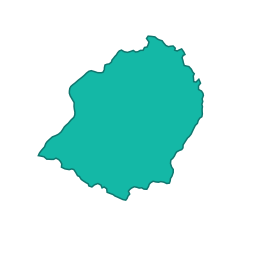 the district of Santo Estêvão, Bahia, Brazil, rotated 145°
{"feature_id": "56859067B59160361010932", "entity_name": "Santo Estêvão", "entity_type": "district", "adm_level": 2, "iso_a3": "BRA", "parent_name": "Brazil", "parent_adm1": "Bahia", "projection": "natural_earth1", "projection_center": [-39.267, -12.461], "detail": "fine", "context": "isolated", "style": "filled", "palette": "teal", "viewbox_px": 256, "rotation_deg": 145, "n_neighbors": 0, "source": "geoboundaries", "source_scale": "gbopen_adm2", "svg_char_len": 2420}
<svg xmlns="http://www.w3.org/2000/svg" viewBox="0 0 256 256"><g transform="rotate(145 128 128)"><path d="M147.7,67.0L144.6,68.4L143.0,69.7L140.9,70.2L138.0,70.0L136.1,67.8L134.1,66.1L131.9,65.3L129.7,63.1L128.1,60.3L125.7,59.1L123.9,60.4L122.1,62.3L119.7,63.3L116.5,65.6L114.7,68.1L114.7,70.9L113.6,74.5L111.4,77.1L108.3,77.6L105.9,78.5L103.9,79.7L101.9,80.5L99.0,80.2L96.4,79.5L94.4,80.2L92.5,82.6L84.9,85.7L82.8,85.9L79.8,86.8L75.3,89.4L71.4,91.5L68.5,92.0L66.1,93.9L63.6,94.9L61.0,94.9L59.0,96.9L57.9,98.8L56.3,101.2L54.8,102.7L53.9,105.1L51.6,106.8L50.6,109.3L47.6,111.4L46.7,113.4L46.6,116.1L48.1,119.1L46.1,122.1L42.9,123.1L42.0,127.3L46.0,126.6L47.6,128.3L46.4,130.2L44.7,133.2L42.6,134.4L42.9,136.7L42.4,139.8L42.9,143.4L46.1,146.9L45.2,149.7L44.3,151.8L43.4,154.6L41.2,155.8L39.2,155.5L38.7,158.4L38.7,162.0L41.4,162.6L43.6,162.9L45.1,165.0L43.5,166.3L44.0,169.3L46.3,170.6L48.3,171.5L49.7,174.0L50.0,177.3L50.0,179.9L51.6,181.9L52.8,183.9L53.7,187.2L56.5,189.8L58.8,191.7L61.5,190.7L61.5,186.4L63.7,184.7L65.9,183.4L68.3,184.5L71.1,183.0L73.3,184.5L76.1,184.8L78.2,185.9L79.2,188.5L82.2,189.3L85.0,190.2L87.3,192.6L88.7,195.6L91.0,196.1L93.2,195.6L95.7,194.5L97.8,194.1L100.0,193.4L102.0,192.9L103.8,191.5L106.6,191.3L108.7,192.3L110.7,192.8L112.7,191.0L114.0,189.3L116.6,188.0L118.4,188.7L121.2,190.8L123.1,193.4L125.2,196.0L127.5,196.9L130.4,196.8L133.7,196.2L136.9,195.9L141.2,195.7L143.8,195.4L145.8,195.2L148.4,195.1L151.0,194.8L153.0,193.8L154.8,191.9L156.1,190.1L156.9,187.4L157.2,183.7L157.5,179.7L159.8,176.7L161.2,174.1L162.4,171.4L164.1,169.2L166.2,167.8L170.3,167.2L174.2,166.1L177.2,165.8L179.5,165.4L182.3,164.2L185.2,163.1L188.5,162.8L191.3,163.2L195.1,164.1L199.3,163.6L202.1,163.2L204.3,162.4L207.2,160.4L210.7,159.6L213.1,158.9L215.2,158.1L217.3,156.8L215.2,154.7L213.3,152.6L212.4,149.0L210.7,147.8L209.1,146.5L207.0,145.0L204.3,144.6L202.8,141.8L202.5,139.1L202.9,136.5L205.0,134.1L203.1,130.7L200.0,127.6L197.5,126.7L196.2,125.0L196.3,121.5L196.7,117.9L195.6,116.1L195.8,112.7L194.9,110.2L193.7,107.2L192.6,105.1L193.3,103.0L191.4,100.4L188.1,100.7L184.5,99.8L182.9,96.8L183.6,93.8L181.4,93.4L180.3,90.5L182.0,87.3L179.8,84.1L178.4,82.1L177.7,79.8L176.5,77.9L175.1,75.5L173.2,72.3L171.2,70.2L169.2,70.8L167.1,72.2L164.5,72.9L163.9,76.0L162.0,76.6L159.7,76.8L156.6,76.3L154.6,74.2L153.3,72.4L151.1,71.2L150.0,68.8L147.7,67.0Z" fill="#14b8a6" stroke="#0f766e" stroke-width="1.5"/></g></svg>